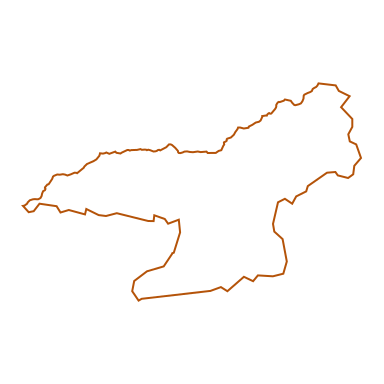 the district of Swain, North Carolina, United States of America
{"feature_id": "52423323B8638287595623", "entity_name": "Swain", "entity_type": "district", "adm_level": 2, "iso_a3": "USA", "parent_name": "United States of America", "parent_adm1": "North Carolina", "projection": "orthographic", "projection_center": [-83.557, 35.488], "detail": "fine", "context": "isolated", "style": "outline", "palette": "amber", "viewbox_px": 384, "rotation_deg": 0, "n_neighbors": 0, "source": "geoboundaries", "source_scale": "gbopen_adm2", "svg_char_len": 2631}
<svg xmlns="http://www.w3.org/2000/svg" viewBox="0 0 384 384"><path d="M318.5,83.4L317.4,85.6L316.1,87.0L314.3,87.9L312.7,89.0L311.8,91.1L310.1,92.1L307.7,93.0L304.3,94.7L303.7,95.7L303.5,98.6L302.4,101.3L300.9,103.4L298.8,104.3L295.3,105.2L294.3,105.0L292.2,102.8L290.8,100.8L284.9,99.5L283.8,100.7L279.7,102.1L278.9,101.9L277.9,102.4L277.0,103.6L276.2,105.1L276.3,106.3L276.0,107.5L275.1,109.0L271.4,113.4L270.9,113.7L270.0,113.7L269.2,113.1L268.6,113.3L267.3,114.5L266.8,115.6L265.8,115.5L262.2,116.1L262.3,116.8L260.6,120.5L258.9,121.8L255.9,122.5L254.9,123.1L252.4,124.8L248.8,126.6L248.6,127.6L248.3,127.8L243.8,128.5L240.0,127.5L238.1,127.5L237.5,129.1L235.3,132.1L233.9,134.7L230.9,137.5L227.2,138.7L226.7,139.3L226.7,140.7L225.6,141.6L224.0,142.3L223.9,142.6L224.2,144.5L223.3,145.8L221.3,150.2L218.7,150.9L215.8,152.9L207.7,153.0L206.5,151.6L200.6,152.1L197.8,151.5L193.0,152.2L190.0,152.0L187.1,151.4L184.4,151.6L182.8,152.4L180.4,153.1L178.9,153.0L178.2,152.4L177.9,150.9L175.2,147.8L172.0,145.0L170.7,144.4L169.0,144.4L166.3,147.2L160.2,150.4L159.1,149.8L157.6,150.2L157.0,150.8L155.6,151.3L153.5,151.5L150.2,150.2L148.2,149.7L146.9,150.2L146.1,149.7L144.7,149.6L141.8,149.8L140.5,149.1L137.1,149.9L131.3,150.1L130.1,150.5L129.5,150.5L128.8,150.0L127.3,150.0L121.6,152.7L120.5,153.5L116.4,152.8L115.3,151.6L109.3,153.8L106.3,152.5L105.1,153.1L103.0,153.6L100.0,153.3L99.4,155.7L96.4,159.4L93.6,161.1L87.0,164.0L84.3,166.6L83.8,167.7L77.1,173.2L76.3,172.8L74.5,172.7L70.9,174.3L67.4,175.5L65.1,174.6L62.9,174.2L59.8,174.7L57.2,174.5L54.0,175.8L53.0,176.6L52.2,178.9L48.9,183.9L48.5,184.3L47.4,184.5L45.0,187.3L44.9,188.0L45.4,188.5L45.4,189.1L44.9,190.2L43.1,191.2L42.1,193.6L41.6,196.0L40.5,198.0L38.4,199.2L37.2,199.3L34.9,199.1L32.9,199.3L29.8,200.3L27.6,202.5L27.2,203.6L24.5,205.6L23.0,205.9L28.7,212.2L33.7,211.2L39.5,203.7L56.6,206.2L60.5,212.5L68.8,210.0L85.0,214.4L86.3,209.0L98.7,215.1L106.0,216.0L116.8,213.2L148.2,221.0L153.6,221.1L154.3,215.3L164.8,219.0L168.1,223.7L178.8,219.7L180.1,232.4L173.8,252.7L173.3,252.9L172.3,253.2L172.2,253.6L172.0,254.0L163.7,266.4L147.0,271.3L134.2,281.0L132.2,291.2L138.6,300.6L141.7,298.8L209.6,291.0L210.2,291.0L220.9,287.1L227.4,291.2L243.9,276.8L253.1,281.2L257.9,275.4L272.9,276.3L283.3,273.7L286.8,261.5L282.6,239.1L274.3,231.6L273.0,223.9L278.0,202.3L284.9,198.8L292.2,203.7L296.2,196.4L306.2,191.4L307.8,186.1L327.0,172.7L335.4,172.0L337.8,175.4L348.1,178.0L353.2,174.3L354.3,165.8L361.0,158.0L356.2,144.4L349.8,141.4L348.3,134.3L352.3,126.9L352.3,119.0L341.1,107.2L349.6,96.2L338.8,90.9L335.7,85.4L318.5,83.4Z" fill="none" stroke="#b45309" stroke-width="2"/></svg>